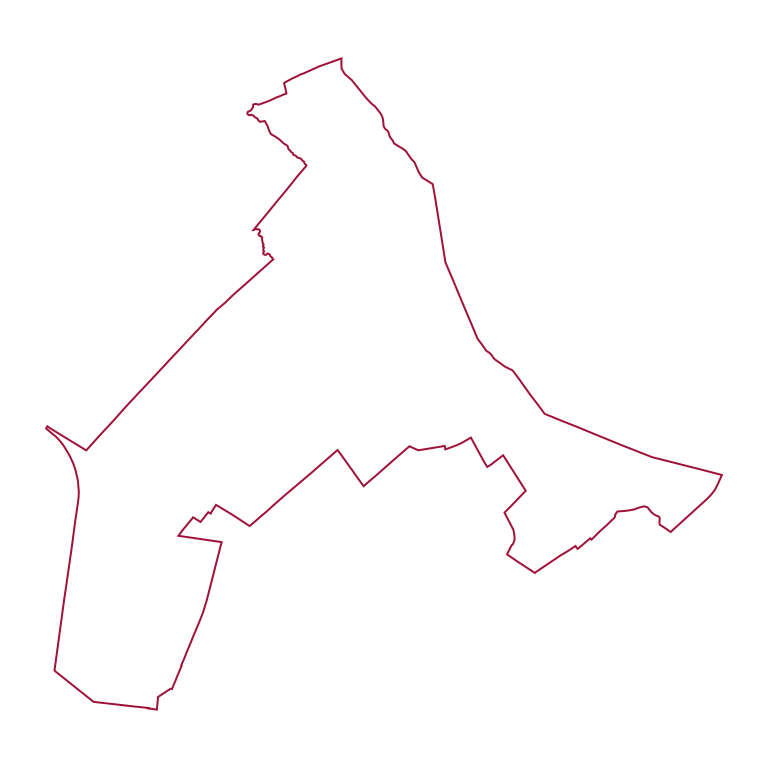 Blejoi, Prahova, Romania (orthographic projection)
{"feature_id": "2599482B27546040450350", "entity_name": "Blejoi", "entity_type": "district", "adm_level": 2, "iso_a3": "ROU", "parent_name": "Romania", "parent_adm1": "Prahova", "projection": "orthographic", "projection_center": [25.998, 44.974], "detail": "fine", "context": "isolated", "style": "outline", "palette": "rose", "viewbox_px": 768, "rotation_deg": 0, "n_neighbors": 0, "source": "geoboundaries", "source_scale": "gbopen_adm2", "svg_char_len": 6018}
<svg xmlns="http://www.w3.org/2000/svg" viewBox="0 0 768 768"><path d="M432.7,184.1L422.2,177.6L418.6,171.9L414.4,162.1L411.2,158.9L406.0,151.2L403.0,148.9L394.1,143.5L392.7,140.5L390.2,137.4L389.6,136.2L388.4,132.1L387.6,130.9L384.8,128.5L383.6,126.0L383.2,120.8L382.4,117.0L380.9,113.9L375.1,106.5L371.0,103.2L365.5,97.2L351.6,79.9L344.8,74.1L341.5,68.5L341.4,60.0L341.5,58.4L319.1,66.4L304.7,72.9L303.8,73.4L300.4,74.4L298.2,75.8L295.4,77.0L293.6,77.8L293.3,77.9L287.6,81.0L286.1,81.8L284.7,82.5L284.1,83.4L285.5,88.6L286.4,93.5L283.0,94.8L280.0,96.1L275.0,98.0L273.8,98.8L268.0,101.3L261.9,103.5L258.5,104.7L257.2,104.2L256.1,104.0L254.5,104.1L253.2,104.6L253.2,105.4L253.1,107.1L252.9,107.4L252.4,108.0L251.9,108.9L251.2,109.8L250.7,110.5L250.2,110.8L249.6,111.1L249.0,111.2L248.3,111.5L247.9,111.8L247.6,112.4L247.4,113.0L247.4,113.6L247.5,114.0L247.8,114.4L248.1,114.6L249.1,115.2L249.4,115.2L249.6,115.3L249.9,115.2L250.4,115.0L250.7,114.9L251.1,114.8L251.4,114.8L251.7,114.9L253.0,115.4L254.5,116.8L255.2,117.4L256.7,118.1L257.5,118.8L258.1,119.9L259.3,121.3L260.3,121.8L262.6,121.4L264.6,121.0L265.1,121.4L266.0,123.2L267.1,125.1L268.0,127.3L269.1,130.4L270.2,133.0L271.6,134.5L275.1,136.5L279.1,139.2L281.0,140.9L283.3,143.1L284.5,144.0L286.1,144.8L287.6,146.0L288.5,149.2L290.2,150.5L290.5,151.4L292.9,153.2L293.2,154.6L294.1,155.1L295.9,155.8L296.9,157.3L299.1,158.0L301.2,158.9L302.4,160.6L304.1,161.8L304.7,163.7L306.2,165.0L306.3,165.3L306.2,166.0L297.2,176.5L286.2,190.3L279.7,198.1L277.6,200.6L268.0,212.4L256.5,226.3L253.4,230.1L253.6,230.1L255.9,228.8L257.3,229.5L258.0,229.2L258.9,229.4L259.4,229.9L259.7,230.2L260.0,230.6L260.0,231.1L259.6,232.7L259.1,233.0L258.6,233.5L258.6,234.2L258.7,234.9L258.9,235.5L259.7,235.7L260.3,236.0L260.8,236.4L261.0,236.7L261.4,236.7L261.7,237.1L261.9,237.2L262.1,237.3L262.2,237.5L262.1,240.1L262.7,242.6L262.8,243.5L263.0,243.9L263.4,244.2L263.6,244.6L263.6,244.8L263.5,245.0L263.4,245.1L263.2,245.4L263.1,245.7L262.9,246.0L262.9,246.3L262.9,246.5L263.0,246.7L263.1,246.9L263.3,247.1L263.7,247.2L263.9,247.4L263.9,247.6L264.0,247.7L263.9,247.9L263.8,248.1L263.6,248.4L263.5,248.6L263.3,249.0L263.2,249.4L263.2,249.6L263.2,250.0L263.3,250.2L263.7,250.7L263.9,250.9L264.0,251.2L264.0,251.4L264.0,251.6L263.9,251.8L263.6,252.2L263.3,252.4L263.2,252.7L263.2,253.0L263.3,253.5L263.4,253.8L263.7,254.2L264.2,254.6L264.8,254.8L265.3,254.9L265.9,254.8L266.3,254.6L266.7,254.3L267.2,253.8L267.5,253.5L267.8,253.5L268.4,253.8L269.1,254.1L269.5,254.4L269.9,254.8L269.9,255.0L270.1,255.4L270.2,255.9L270.5,256.3L270.7,256.5L271.2,256.9L271.7,257.2L272.0,257.4L272.2,257.6L272.4,258.0L272.4,258.4L272.5,258.7L272.6,259.0L272.8,259.3L273.1,259.5L272.8,259.7L252.5,277.8L245.8,283.8L238.9,289.8L232.0,296.0L225.4,302.5L218.1,308.6L216.6,309.9L214.2,312.5L209.1,317.8L205.2,321.9L203.2,324.2L202.9,324.5L197.2,330.6L195.7,332.1L178.3,350.7L177.9,351.2L175.2,354.0L168.5,361.1L165.4,364.5L163.8,366.2L160.8,369.4L158.4,372.0L141.6,389.9L141.3,390.3L140.2,391.3L130.6,401.6L127.5,404.9L125.8,406.8L122.9,410.0L113.6,420.5L105.4,429.3L104.4,430.3L86.2,450.4L79.1,446.0L77.6,445.1L72.2,441.8L61.4,435.2L49.7,428.0L47.3,426.3L46.1,428.5L49.1,431.0L51.9,433.4L55.7,436.4L58.9,439.8L61.8,443.2L63.5,445.5L66.3,450.0L68.8,454.2L70.1,456.7L72.1,460.9L73.3,463.6L74.9,468.3L75.9,471.6L76.5,474.4L77.1,477.1L77.7,479.8L78.1,483.0L78.8,491.5L78.7,496.0L78.0,502.4L75.3,520.5L72.2,544.1L71.5,549.1L65.2,592.7L64.3,598.6L60.2,628.6L54.5,670.5L55.4,671.4L93.6,701.9L133.3,706.4L141.3,707.2L148.7,708.0L148.4,708.5L151.1,708.8L156.9,709.6L157.7,700.5L158.1,696.9L168.0,690.4L170.6,688.8L171.9,689.1L173.8,684.5L175.4,680.9L177.7,675.0L178.3,673.7L181.5,666.1L181.1,666.0L181.1,665.8L182.1,663.4L184.2,658.5L185.0,656.6L185.8,654.5L189.6,645.2L189.9,644.5L190.8,642.5L192.2,638.9L193.3,636.2L195.9,630.1L196.6,628.3L196.9,627.7L197.8,625.4L199.2,622.2L203.5,611.2L203.7,610.4L206.3,601.7L206.6,600.9L221.6,542.1L192.9,537.9L178.4,535.8L182.6,530.3L182.5,530.2L186.9,525.0L187.8,523.8L191.9,518.9L193.1,517.3L200.5,522.0L208.3,512.2L209.6,513.0L210.1,513.3L210.7,513.6L211.0,512.7L216.0,504.9L231.5,514.2L249.6,526.0L249.8,525.9L255.5,521.0L261.7,515.6L265.8,512.2L269.0,509.4L270.7,507.8L272.7,505.9L273.8,505.0L275.1,503.8L278.9,500.5L280.2,499.3L287.5,493.0L292.1,489.1L295.6,486.2L301.7,481.0L302.7,480.2L312.2,472.1L336.2,451.2L337.6,450.0L342.1,456.2L343.4,458.0L346.4,462.2L348.2,464.6L349.6,466.7L350.0,467.2L350.6,468.1L351.2,468.9L351.5,469.2L351.7,469.4L352.5,470.6L356.1,475.8L359.8,480.9L360.3,481.6L362.0,484.0L363.0,485.3L363.4,485.9L363.6,486.2L369.4,481.1L377.1,474.6L387.8,465.1L394.2,459.5L409.4,446.3L418.3,450.3L441.5,446.5L444.6,445.9L445.4,449.4L452.0,447.0L457.3,445.0L462.0,442.8L470.9,437.6L484.0,461.7L487.2,466.9L490.5,465.0L503.1,455.3L504.9,458.0L525.7,490.8L513.5,503.5L510.6,506.5L504.5,512.6L513.4,529.8L514.4,535.3L514.6,539.7L513.8,542.1L512.7,544.6L511.6,545.2L507.1,554.2L507.5,554.7L517.1,561.3L534.8,572.9L534.9,572.7L560.1,555.7L565.3,552.6L570.7,549.2L575.5,546.0L576.3,547.3L577.6,548.9L583.1,544.4L590.2,538.3L591.5,539.6L600.3,530.9L606.7,525.2L611.3,520.7L614.4,517.8L614.9,516.8L615.0,515.7L615.4,514.3L617.3,511.6L618.4,511.4L624.3,511.0L629.6,510.3L633.9,509.5L640.4,507.2L643.6,506.4L645.7,506.7L647.6,507.4L650.2,510.7L651.7,512.5L653.8,514.1L655.5,515.3L658.0,516.2L658.8,516.6L659.7,517.8L659.7,518.5L659.5,520.9L659.4,522.1L659.4,523.0L659.8,524.7L665.7,528.5L670.7,532.0L671.2,531.5L706.3,499.6L708.8,497.2L712.7,492.8L715.0,489.6L716.4,487.0L718.2,483.2L721.9,475.0L720.0,474.5L718.0,474.0L701.6,469.7L668.9,461.4L652.2,457.2L621.7,445.2L597.0,435.1L576.6,426.7L562.7,421.2L544.7,413.9L538.5,405.5L529.6,393.9L519.7,379.9L512.6,370.4L506.7,367.5L504.6,366.4L499.4,362.6L494.7,359.3L493.4,357.7L492.7,356.7L491.5,354.9L490.1,353.5L488.9,352.4L487.2,351.4L486.2,350.7L481.1,343.4L479.2,341.0L477.6,338.8L470.7,322.3L462.4,302.7L452.7,279.4L445.4,262.3L441.1,235.0L434.9,196.3L432.7,184.1Z" fill="none" stroke="#9f1239" stroke-width="2"/></svg>